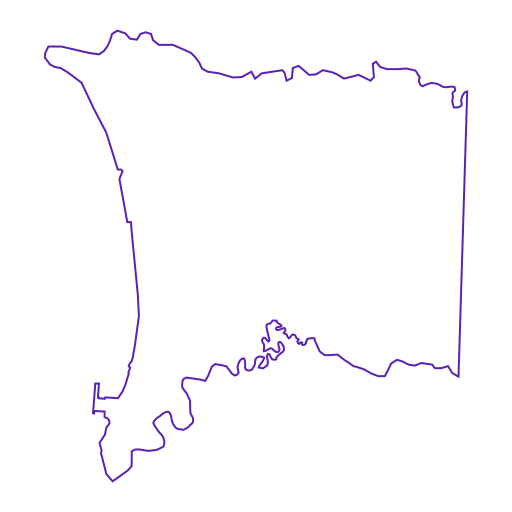 Seberang Perai Utara, Pulau Pinang, Malaysia (Mercator projection)
{"feature_id": "92858781B46264786477712", "entity_name": "Seberang Perai Utara", "entity_type": "district", "adm_level": 2, "iso_a3": "MYS", "parent_name": "Malaysia", "parent_adm1": "Pulau Pinang", "projection": "mercator", "projection_center": [100.433, 5.483], "detail": "fine", "context": "isolated", "style": "outline", "palette": "violet", "viewbox_px": 512, "rotation_deg": 0, "n_neighbors": 0, "source": "geoboundaries", "source_scale": "gbopen_adm2", "svg_char_len": 4734}
<svg xmlns="http://www.w3.org/2000/svg" viewBox="0 0 512 512"><path d="M458.5,376.7L467.2,91.5L464.6,92.4L462.4,95.7L461.1,100.1L461.5,102.4L461.7,104.4L461.0,106.0L458.1,107.4L453.8,107.4L452.3,101.8L452.3,100.2L452.9,98.0L452.7,94.6L452.4,93.2L453.1,92.1L454.8,91.0L455.2,89.6L454.5,87.0L452.2,86.7L450.2,86.7L448.3,87.0L445.7,87.3L442.7,86.7L437.4,83.8L431.2,82.9L425.4,84.9L422.7,86.3L421.4,85.8L420.2,84.7L419.4,82.7L418.8,80.8L419.1,79.4L419.8,77.5L418.9,75.8L417.7,74.2L416.3,71.6L415.2,70.5L406.3,68.5L398.6,69.1L387.0,69.1L380.2,67.0L376.0,61.7L372.8,63.8L373.9,77.0L370.7,80.7L358.6,74.9L352.3,76.5L343.9,78.6L338.1,74.9L332.3,72.3L322.9,70.2L316.0,74.4L309.2,74.9L298.7,65.9L292.9,68.0L291.9,78.0L286.6,80.7L284.5,72.8L282.4,70.2L261.9,73.3L255.1,78.6L251.4,71.7L241.9,77.0L233.0,77.5L218.8,73.3L207.7,71.7L202.0,68.6L199.3,62.8L195.1,57.0L190.9,52.8L173.0,44.9L168.3,44.9L158.9,44.9L153.1,40.2L151.0,33.9L145.7,32.3L140.5,33.9L136.8,39.7L129.9,38.6L125.2,33.3L117.3,30.7L112.1,33.9L110.0,40.7L107.3,46.5L103.7,51.2L98.9,54.4L88.4,52.8L61.1,46.5L48.4,46.5L45.3,52.8L44.8,57.5L50.0,64.4L54.8,67.0L60.5,68.0L68.4,72.8L81.6,82.8L93.7,108.5L106.3,132.7L117.8,169.5L121.0,169.5L122.6,171.1L119.4,179.0L127.3,222.1L131.0,222.1L131.5,230.0L137.8,294.6L138.9,316.2L135.2,343.4L132.9,356.9L132.5,358.3L132.0,359.8L131.8,361.1L130.9,362.0L129.7,363.8L128.7,366.2L130.2,367.7L128.5,372.2L128.7,373.9L125.1,385.6L122.4,391.6L118.0,398.2L105.6,397.4L104.9,397.6L104.8,398.8L98.8,398.3L98.8,397.3L97.9,397.3L99.0,383.6L95.3,383.5L93.0,413.3L94.0,413.5L94.5,411.0L104.6,411.5L104.6,417.1L105.9,417.7L107.2,418.1L109.0,420.1L109.6,422.9L108.1,425.5L106.4,427.4L104.9,434.7L99.5,442.9L101.6,450.4L101.0,453.0L106.4,474.1L112.6,481.3L127.5,470.7L131.6,466.2L131.8,451.3L134.8,449.6L139.3,449.4L142.3,450.0L145.1,450.4L148.1,450.9L156.3,450.0L159.3,448.7L163.4,446.6L164.3,444.0L164.3,441.0L163.4,437.7L161.9,435.1L159.8,433.0L157.6,430.2L155.9,427.6L154.0,424.8L153.3,422.7L154.6,420.5L156.8,418.1L160.0,416.0L162.6,413.8L165.6,412.1L168.0,411.7L169.7,412.7L171.0,415.8L171.4,418.3L172.3,422.2L173.1,423.9L174.4,426.1L176.1,428.0L178.3,429.1L180.7,429.3L183.5,429.8L186.0,428.5L188.4,427.0L190.1,425.0L192.1,423.5L192.9,421.8L193.2,419.9L192.9,417.9L190.4,413.2L190.1,406.7L190.1,403.5L190.1,400.7L186.7,393.4L182.6,388.2L182.0,385.0L182.6,380.9L183.7,378.9L186.5,377.6L200.5,379.6L205.2,380.9L208.0,376.1L210.4,370.1L211.7,366.9L215.1,364.1L222.0,365.2L223.9,365.8L226.3,366.2L227.6,368.0L229.3,370.1L231.3,372.9L232.3,374.0L234.9,375.5L236.9,374.8L238.6,372.9L237.5,366.9L238.6,363.2L240.1,360.4L241.6,358.9L244.0,358.5L245.1,361.1L245.1,363.7L245.1,368.0L246.3,369.9L248.5,370.5L250.7,370.3L252.2,369.3L254.7,364.9L255.2,361.3L255.6,358.9L257.3,357.4L258.9,356.5L262.1,356.8L263.9,357.4L264.2,358.0L262.7,361.3L261.6,362.7L260.5,364.1L259.6,365.3L258.7,367.5L262.9,368.4L267.2,365.4L267.7,363.5L267.9,361.9L267.5,359.6L267.0,357.3L267.0,355.7L267.9,353.9L269.5,354.3L270.0,355.7L270.8,357.3L271.8,358.8L273.0,359.5L275.3,359.7L276.2,359.3L276.4,357.6L277.5,356.1L279.8,354.1L281.5,352.7L283.1,351.6L283.9,350.2L283.9,348.8L283.9,347.5L282.9,345.4L281.4,343.0L280.5,342.2L279.4,342.0L278.7,342.3L278.3,343.6L278.4,345.2L278.9,347.0L279.4,348.5L279.6,349.5L279.2,350.5L278.8,351.2L277.8,352.2L275.4,351.6L273.9,350.4L272.5,349.0L271.3,348.3L270.2,348.3L269.1,349.0L266.2,350.5L265.0,351.1L263.8,351.2L264.1,346.9L264.1,345.4L263.6,343.8L262.6,342.5L262.2,341.0L262.0,339.9L262.8,338.6L263.6,337.8L265.1,337.8L266.3,339.4L268.3,341.5L269.3,340.8L269.4,339.5L268.9,337.7L267.1,330.4L266.4,326.6L266.7,324.9L267.4,324.2L268.6,323.7L270.2,323.5L271.3,322.3L272.0,321.3L272.9,320.5L274.5,320.6L276.6,320.7L276.8,321.9L278.8,323.7L280.5,324.6L281.3,325.4L281.3,326.3L280.4,326.7L279.0,326.9L277.5,327.1L276.3,327.6L276.1,329.1L276.7,329.8L278.0,330.1L280.1,329.4L282.3,328.6L283.9,328.1L284.7,328.2L285.0,328.8L285.4,329.7L285.1,331.3L284.3,332.2L283.7,332.9L285.4,334.0L286.6,334.4L287.3,336.2L287.9,337.2L288.9,338.3L290.8,336.7L291.8,335.0L292.9,334.5L295.3,335.4L295.8,336.6L296.5,338.2L297.7,338.8L298.7,339.6L297.8,340.7L297.3,341.6L298.2,343.4L299.2,343.8L300.1,342.7L301.2,342.3L302.1,342.7L301.5,343.7L302.1,344.5L303.2,345.1L304.5,344.8L305.6,343.8L306.0,343.1L305.8,342.1L307.1,340.2L307.0,339.3L308.2,338.5L309.8,338.5L311.0,338.3L311.9,338.0L313.6,338.2L314.5,338.5L314.5,339.9L319.7,351.4L324.5,355.1L329.7,355.1L337.6,354.6L345.0,360.4L349.2,363.0L353.4,366.1L357.6,367.2L363.9,369.3L371.3,373.5L378.1,376.1L384.9,376.1L388.1,369.8L391.2,363.5L397.0,359.8L402.3,361.4L408.6,364.6L414.9,365.6L421.2,363.0L432.2,364.6L434.9,368.2L441.2,368.2L448.0,366.1L452.2,373.0L458.5,376.7Z" fill="none" stroke="#5b21b6" stroke-width="2"/></svg>